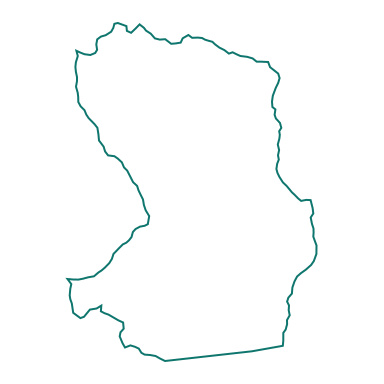 Auriflama, São Paulo, Brazil (orthographic projection)
{"feature_id": "56859067B77500950305904", "entity_name": "Auriflama", "entity_type": "district", "adm_level": 2, "iso_a3": "BRA", "parent_name": "Brazil", "parent_adm1": "São Paulo", "projection": "orthographic", "projection_center": [-50.592, -20.639], "detail": "fine", "context": "isolated", "style": "outline", "palette": "teal", "viewbox_px": 384, "rotation_deg": 0, "n_neighbors": 0, "source": "geoboundaries", "source_scale": "gbopen_adm2", "svg_char_len": 2418}
<svg xmlns="http://www.w3.org/2000/svg" viewBox="0 0 384 384"><path d="M139.6,24.4L135.7,28.4L131.1,32.8L126.9,30.9L126.4,26.1L122.5,24.7L117.8,23.0L114.4,23.8L113.3,27.9L111.2,31.7L105.7,35.2L100.9,36.6L97.2,39.4L96.3,44.4L97.1,49.8L95.2,53.0L90.3,55.0L84.4,54.2L80.4,52.6L76.4,50.8L77.8,56.0L75.9,62.2L75.4,67.0L75.9,71.8L77.0,77.1L77.0,81.1L76.0,86.7L77.7,92.7L78.2,96.9L78.3,102.0L80.6,106.3L84.5,110.2L86.3,114.6L88.7,118.2L94.4,124.0L97.4,127.8L98.4,134.1L99.0,140.5L103.6,146.6L105.1,151.5L108.1,155.4L114.4,156.2L117.8,158.6L121.9,162.4L124.0,167.4L127.2,170.6L129.7,175.5L133.1,182.2L137.1,185.9L138.5,190.3L140.6,194.7L143.0,199.5L143.9,205.0L145.7,210.3L149.2,216.1L147.8,224.2L144.6,225.8L140.1,226.6L135.6,229.0L132.9,232.0L131.5,237.1L128.9,240.4L126.3,242.7L122.8,244.4L119.3,247.9L113.5,253.9L111.9,258.9L109.3,263.1L105.0,267.5L101.5,270.5L98.4,272.5L94.0,276.3L88.2,277.3L83.0,278.7L78.4,279.6L73.1,279.5L67.5,279.0L71.3,284.1L70.3,288.7L69.7,295.4L70.3,299.2L71.8,303.4L73.2,312.8L80.4,318.1L84.0,316.8L89.9,309.6L96.6,308.5L101.3,305.6L100.9,311.3L104.5,313.2L108.5,314.6L118.3,320.3L123.1,322.5L123.7,328.7L120.5,332.3L119.7,336.4L122.5,343.1L125.0,347.5L130.4,345.4L135.0,346.8L138.8,348.6L141.4,352.8L144.6,354.6L150.0,355.0L155.6,356.0L159.8,358.4L165.0,361.0L251.9,351.3L282.8,345.8L283.3,340.7L283.3,332.9L285.7,329.5L287.1,324.2L287.0,320.1L289.7,315.3L288.7,310.2L289.0,305.4L287.1,301.6L288.4,297.6L291.9,293.6L292.4,287.5L294.5,281.4L297.1,276.5L301.0,273.1L305.8,269.7L311.1,265.0L313.8,261.1L316.4,254.0L316.5,245.4L315.0,241.4L313.3,236.6L313.6,232.8L313.5,228.5L312.0,224.0L310.7,217.5L313.3,213.5L312.6,208.0L310.6,200.1L306.2,199.9L301.1,200.9L298.0,198.3L294.5,194.7L291.9,192.3L286.7,186.0L282.9,182.4L279.4,176.9L277.5,173.0L276.4,169.0L277.2,163.7L278.8,159.6L278.0,155.3L279.1,150.1L277.8,144.5L279.4,138.5L279.8,134.8L279.2,131.2L281.3,127.9L280.0,123.0L275.9,118.5L274.6,114.8L275.4,109.4L272.4,107.0L272.0,101.6L272.8,95.8L274.4,91.5L275.8,87.8L278.2,82.9L279.6,78.1L278.2,73.6L270.1,67.2L268.1,62.0L261.5,61.7L256.7,61.7L252.6,58.4L247.0,56.8L240.4,56.0L236.6,54.3L232.6,52.3L228.9,53.6L224.4,50.1L219.4,47.6L215.1,44.4L212.4,41.8L208.7,40.8L205.1,39.7L202.0,38.0L197.9,37.6L192.1,37.8L188.4,35.0L182.7,38.3L180.7,42.6L175.9,43.4L171.2,43.8L165.2,39.2L159.8,39.6L154.9,38.4L150.8,33.7L146.0,30.6L143.9,27.8L139.6,24.4Z" fill="none" stroke="#0f766e" stroke-width="2"/></svg>